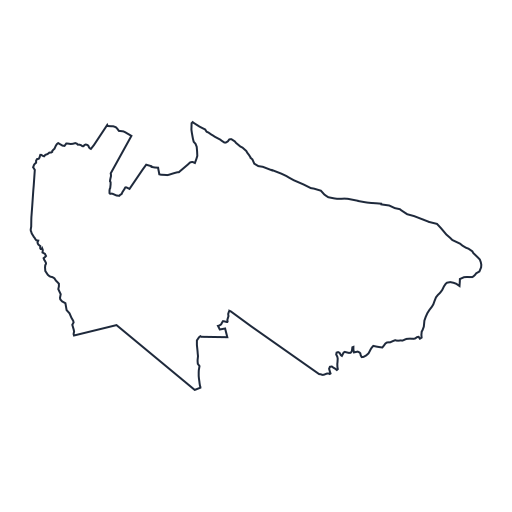 Unión Hidalgo, Oaxaca, Mexico
{"feature_id": "50627088B59683558731629", "entity_name": "Unión Hidalgo", "entity_type": "district", "adm_level": 2, "iso_a3": "MEX", "parent_name": "Mexico", "parent_adm1": "Oaxaca", "projection": "robinson", "projection_center": [-94.827, 16.487], "detail": "fine", "context": "isolated", "style": "outline", "palette": "slate", "viewbox_px": 512, "rotation_deg": 0, "n_neighbors": 0, "source": "geoboundaries", "source_scale": "gbopen_adm2", "svg_char_len": 5655}
<svg xmlns="http://www.w3.org/2000/svg" viewBox="0 0 512 512"><path d="M255.0,164.1L254.3,163.7L252.4,159.4L251.6,158.7L250.5,157.8L250.5,157.4L249.0,155.0L247.3,152.8L246.3,151.0L242.5,147.6L240.3,146.5L238.3,144.8L236.0,142.9L234.8,141.4L231.4,139.2L230.7,139.2L229.8,139.3L229.2,139.5L227.9,141.3L226.3,142.3L225.7,142.6L224.3,142.5L221.3,140.5L220.4,139.7L214.9,136.8L212.5,135.2L211.5,134.7L208.4,132.5L206.7,131.8L206.1,131.0L205.2,129.5L202.4,128.1L199.5,126.6L193.2,122.6L192.7,122.1L191.6,123.2L191.5,126.4L191.4,129.6L191.8,132.5L192.4,135.9L192.9,138.6L193.7,141.8L195.5,143.8L196.7,146.8L197.1,151.4L197.3,155.9L196.4,158.9L194.9,163.0L192.7,162.0L191.3,162.1L190.0,162.5L187.9,164.5L181.9,169.6L179.5,171.6L179.2,172.0L178.8,172.2L177.2,172.3L174.6,173.0L172.9,173.5L171.3,174.0L169.1,174.7L167.5,175.1L164.7,174.9L162.8,174.8L160.9,174.7L159.3,174.3L158.8,171.5L158.4,169.5L158.1,167.7L156.3,167.6L154.8,167.5L151.5,166.9L151.4,166.2L148.2,165.3L146.2,164.7L142.7,169.5L129.5,188.9L126.4,187.4L125.4,187.4L124.7,188.4L124.5,189.0L123.6,190.3L122.4,192.2L121.6,194.0L120.1,194.9L119.3,195.8L116.5,195.5L115.1,194.9L113.1,194.0L111.8,193.6L110.2,193.8L109.5,193.1L109.5,192.0L109.5,190.3L109.8,188.8L110.2,188.1L110.6,184.4L110.6,182.2L110.0,181.3L110.2,179.6L110.6,177.7L110.9,176.6L111.0,175.0L110.7,173.4L131.4,135.9L129.4,134.7L127.3,133.5L125.3,132.3L123.4,131.4L121.1,131.1L118.9,130.9L117.2,128.6L115.8,127.2L113.3,126.3L110.4,126.2L107.6,126.0L107.2,125.0L93.9,145.1L90.9,148.9L90.0,148.4L89.4,147.9L88.9,147.1L88.3,145.7L87.4,145.0L85.8,144.5L84.5,145.0L83.5,146.2L82.4,146.2L81.0,145.2L79.5,144.7L77.8,144.7L76.9,143.7L76.1,143.4L75.3,143.1L72.8,143.8L70.7,144.0L68.0,143.6L66.3,143.5L64.5,145.9L62.4,145.6L61.3,144.9L60.0,144.2L58.2,143.1L56.9,144.1L55.9,145.6L55.0,147.5L54.5,148.7L53.5,149.6L52.3,150.9L52.2,151.9L51.2,152.5L49.3,152.6L48.2,153.6L47.0,154.3L45.4,154.8L44.1,156.3L42.7,155.8L41.3,154.9L40.3,154.9L39.8,156.5L39.5,157.6L38.7,158.8L37.0,159.1L36.1,160.7L36.1,162.7L34.7,163.9L33.9,165.1L33.4,166.7L33.1,167.2L34.8,169.9L33.7,185.8L33.3,190.4L32.2,206.3L31.5,215.7L31.4,216.9L31.3,219.4L31.2,226.6L30.7,229.6L30.8,230.8L31.3,232.0L31.7,233.4L32.5,234.7L33.2,235.8L33.8,236.9L34.6,237.8L35.2,238.9L36.3,240.3L38.2,240.6L37.5,242.4L37.8,243.6L38.4,244.6L39.5,245.5L40.3,246.1L40.2,248.2L40.7,249.0L41.9,249.0L42.2,248.4L42.5,249.2L42.8,250.1L42.5,252.5L44.9,253.8L46.0,256.0L45.1,257.0L43.6,258.2L44.3,260.0L44.9,260.8L45.4,261.8L45.9,262.8L46.0,263.5L45.7,264.5L45.2,265.2L45.2,266.3L45.0,267.0L45.3,271.0L47.8,274.8L49.6,276.3L50.9,276.8L52.4,277.1L54.4,278.3L55.8,280.5L57.3,282.0L58.9,283.7L58.9,286.3L58.3,289.1L59.4,291.5L60.7,294.2L60.0,297.8L60.3,299.4L62.1,301.4L65.4,303.2L66.6,310.1L69.5,313.3L71.4,317.7L73.2,320.8L73.6,322.4L72.3,324.8L73.7,329.6L74.1,331.6L73.7,333.3L73.6,334.1L74.0,335.5L116.5,325.1L194.7,389.9L200.4,387.7L200.4,387.0L200.0,385.9L199.6,383.5L199.4,381.8L199.1,379.7L198.9,378.2L198.7,376.0L198.7,374.3L198.7,372.2L198.8,370.2L199.5,366.1L197.8,363.8L197.6,361.4L197.6,359.9L197.8,358.0L198.0,356.2L197.7,353.4L197.6,351.9L197.4,349.8L196.9,345.0L196.9,340.4L199.0,337.3L200.4,336.2L201.3,336.8L227.3,337.2L225.1,328.5L219.8,329.5L218.0,325.9L218.9,325.7L220.7,324.7L221.3,324.1L221.6,323.4L222.9,321.2L223.5,321.2L224.5,321.4L226.0,321.8L226.7,322.0L227.0,322.0L227.3,322.0L227.5,321.7L227.6,321.4L227.4,320.5L227.4,319.8L227.5,319.3L228.1,317.3L228.4,316.4L228.5,315.9L228.3,315.2L228.2,314.0L228.2,313.9L228.9,311.7L229.4,311.1L229.4,310.8L230.8,311.4L251.0,326.2L319.1,374.1L320.9,374.3L321.5,374.6L322.6,374.9L324.0,374.7L325.5,374.1L327.1,373.5L328.6,373.5L329.7,374.0L330.5,373.5L329.9,371.6L329.1,368.8L329.9,366.8L331.8,366.5L333.3,367.6L335.2,368.7L336.8,370.0L337.8,369.1L337.4,366.9L337.3,363.9L337.5,362.2L337.7,358.6L337.3,356.7L336.2,354.5L336.6,352.6L338.1,352.1L339.5,352.8L341.0,355.3L341.9,355.9L343.6,352.6L344.7,351.9L348.8,352.9L350.5,352.8L351.3,352.1L351.9,350.9L352.4,347.3L353.4,346.9L353.4,349.7L354.0,352.4L357.7,351.6L359.5,352.5L360.3,353.3L360.7,355.3L361.7,357.1L363.5,356.9L366.1,355.5L368.5,353.4L369.7,351.2L370.6,349.4L371.1,348.6L371.7,347.7L373.3,345.9L376.5,346.6L379.5,347.1L382.3,347.5L383.8,345.7L385.4,343.5L386.9,342.5L388.7,342.3L390.2,342.3L393.1,341.0L395.2,340.2L396.6,340.6L398.6,340.7L400.6,340.4L402.3,340.6L403.7,340.1L405.2,339.4L406.6,338.9L409.3,338.7L410.8,338.7L413.7,338.8L415.1,338.5L417.1,337.1L418.6,336.8L419.9,338.7L421.6,337.6L421.4,334.8L421.7,331.6L422.5,330.2L423.8,326.7L424.0,324.8L424.4,320.6L425.7,316.9L427.4,313.1L429.5,309.8L431.9,306.7L433.3,304.4L434.6,300.8L436.0,297.3L438.0,294.8L439.4,293.5L440.4,292.4L442.2,290.0L444.0,286.3L445.7,283.8L447.0,282.7L450.3,282.1L453.6,282.8L456.3,283.8L459.5,286.0L459.8,281.6L459.9,279.0L461.1,278.5L464.0,277.2L466.7,277.0L472.2,277.1L473.4,276.4L475.1,274.8L476.2,273.3L479.4,271.5L481.1,267.4L481.3,264.8L480.8,262.2L479.8,259.5L478.1,257.7L474.4,254.1L473.4,253.2L472.3,251.3L468.5,248.7L465.9,247.7L462.4,245.6L460.1,243.7L452.3,240.0L450.2,237.9L446.3,234.5L441.1,228.3L438.5,225.5L437.0,223.9L428.5,221.8L428.3,221.6L414.1,216.1L407.1,214.2L401.1,210.2L399.9,209.2L394.8,208.1L389.2,205.5L381.3,204.4L381.2,203.7L376.4,203.3L374.7,203.2L373.6,203.1L371.5,203.0L367.5,202.6L364.9,202.2L360.4,201.4L358.1,201.0L358.0,200.8L347.8,198.8L345.6,198.7L344.9,198.6L341.2,198.8L337.0,198.8L334.2,198.4L328.2,197.2L326.1,195.8L324.3,194.5L320.9,190.7L313.9,188.6L310.8,188.1L303.6,184.5L293.7,180.2L288.8,177.5L286.5,176.1L284.0,174.9L281.2,173.6L278.1,172.4L272.2,170.1L272.1,170.4L262.8,166.8L258.3,166.1L255.0,164.1Z" fill="none" stroke="#1e293b" stroke-width="2"/></svg>